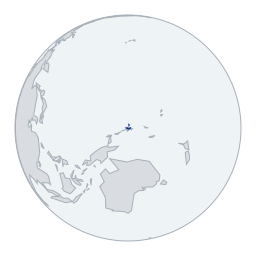 Malaita highlighted on a globe, orthographic projection, rotated 308°
{"feature_id": "SLB-1260", "entity_name": "Malaita", "entity_type": "Province", "adm_level": 1, "iso_a3": "SLB", "parent_name": "Solomon Islands", "parent_adm1": "", "projection": "orthographic", "projection_center": [161.217, -8.863], "detail": "fine", "context": "on_globe", "style": "filled", "palette": "blue", "viewbox_px": 256, "rotation_deg": 308, "n_neighbors": 0, "source": "natural_earth", "source_scale": "10m", "svg_char_len": 6459}
<svg xmlns="http://www.w3.org/2000/svg" viewBox="0 0 256 256"><g transform="rotate(308 128 128)"><circle cx="128" cy="128" r="113" fill="#eef3f6" stroke="#a8b0b8"/><path d="M162.9,143.0L162.9,143.9L162.8,144.0L162.9,143.0ZM223.8,68.8L223.2,67.8L224.3,69.6L229.2,78.6L227.1,74.5L226.5,73.4L221.4,65.2L218.7,61.9L210.7,52.4L200.2,41.9L202.5,43.7L199.7,41.2L196.7,39.0L195.4,38.2L181.8,29.6L171.0,25.5L170.3,26.4L168.3,24.8L168.8,28.3L164.7,29.1L167.7,27.0L166.7,26.0L163.1,25.7L161.3,24.6L158.6,24.0L156.8,22.9L158.7,22.1L157.5,21.5L155.0,21.4L151.7,20.4L155.5,20.6L150.0,19.1L152.2,18.4L163.9,21.3L163.8,21.2L171.9,24.3L179.8,28.0L187.3,32.2L194.5,37.1L201.3,42.5L207.7,48.4L213.6,54.8L219.0,61.6L223.8,68.8ZM200.8,79.9L200.0,77.5L201.7,79.1L200.8,79.9ZM198.6,76.1L199.1,76.9L198.5,76.2L198.6,76.1ZM197.6,75.6L198.3,76.0L197.6,75.8L197.6,75.6ZM196.4,75.3L197.0,75.4L196.4,75.3ZM194.2,74.1L193.7,73.7L194.2,73.5L194.2,74.1ZM195.1,38.1L196.8,39.1L200.2,41.7L199.0,40.9L195.1,38.1ZM188.5,33.9L188.8,33.9L191.9,36.0L190.7,35.4L188.5,33.9ZM170.2,27.5L171.9,27.7L170.8,27.9L170.2,27.5ZM158.5,24.1L158.6,24.5L157.1,24.0L158.5,24.1ZM153.0,22.0L150.6,21.3L153.4,21.8L153.0,22.0ZM149.5,20.9L143.7,19.6L143.3,20.2L141.0,18.2L146.7,19.7L150.1,20.2L148.7,20.3L149.5,20.9ZM140.7,17.5L139.5,17.2L141.1,17.4L140.7,17.5ZM107.8,17.2L103.9,18.0L110.1,17.2L109.5,18.0L111.0,17.5L115.0,17.3L115.2,17.0L116.2,16.9L126.6,17.2L127.8,17.7L134.0,18.1L134.7,18.0L134.2,17.5L141.0,18.2L143.3,20.2L141.5,20.3L144.2,21.8L139.5,22.0L137.0,23.1L130.3,23.0L128.8,24.2L130.1,24.7L129.0,27.0L122.5,30.6L122.3,25.4L130.9,21.2L126.9,22.6L126.2,21.7L123.8,22.0L121.1,23.2L121.8,23.6L109.1,24.1L99.4,28.1L104.0,28.3L104.6,30.0L97.6,36.5L80.0,45.7L80.5,49.5L79.0,52.0L75.0,53.4L77.2,49.7L75.3,48.3L77.1,46.3L71.5,47.8L73.8,45.0L68.3,47.8L67.8,50.1L71.9,49.6L66.1,53.7L67.3,58.1L64.8,63.6L54.1,73.7L47.2,77.1L46.2,79.0L44.8,77.1L40.8,81.1L41.8,91.7L41.1,95.0L35.6,101.8L35.9,99.3L32.1,94.0L29.8,102.1L32.7,108.2L33.6,116.0L30.7,113.9L30.0,107.1L28.7,105.1L30.1,98.1L31.1,88.3L28.3,90.7L29.6,86.7L30.5,79.4L27.1,82.8L21.0,94.9L18.5,105.4L17.1,110.7L19.6,97.3L22.2,89.3L25.4,81.6L29.1,74.1L33.4,66.9L38.2,60.0L43.5,53.5L49.2,47.5L55.4,41.9L62.0,36.7L69.0,32.1L76.3,27.9L83.8,24.4L91.7,21.4L99.7,19.0L107.8,17.2ZM53.6,212.0L55.2,213.1L55.3,213.5L53.6,212.0ZM53.3,133.8L56.0,134.3L56.0,134.8L53.3,133.8ZM50.4,132.0L53.4,132.1L50.1,133.2L50.4,132.0ZM54.5,132.2L57.6,131.1L58.9,130.2L58.7,131.3L54.5,132.2ZM48.5,132.2L38.9,132.7L35.4,131.6L36.0,129.6L41.7,129.6L48.5,132.2ZM35.8,129.5L30.7,124.7L25.6,110.3L27.4,110.2L33.1,118.4L32.7,120.1L35.7,124.0L35.8,129.5ZM48.9,118.5L48.5,123.6L43.0,123.4L40.6,122.8L38.9,116.6L39.8,113.3L41.7,113.3L50.2,102.2L52.9,104.7L50.0,109.2L52.3,113.4L48.9,118.5ZM18.4,106.4L17.9,112.3L17.4,113.7L18.4,106.4ZM54.6,94.8L50.5,99.5L54.5,93.4L54.6,94.8ZM57.5,89.2L57.3,91.5L56.3,89.3L57.5,89.2ZM45.2,82.0L43.2,82.7L43.6,81.1L46.4,79.4L45.2,82.0ZM62.9,68.4L61.2,72.6L60.2,74.1L60.1,71.5L62.9,68.4ZM144.1,188.1L146.9,189.5L144.7,192.9L140.8,196.0L135.4,196.4L144.1,188.1ZM106.6,192.5L103.8,188.0L108.9,188.0L109.1,191.9L106.6,192.5ZM147.0,185.7L148.9,182.2L147.0,177.0L149.9,181.9L154.5,182.9L148.4,189.4L147.0,185.7ZM80.1,173.3L64.9,181.6L60.8,180.6L60.1,177.0L53.0,166.5L54.2,166.7L51.3,159.7L59.3,153.0L64.5,141.7L71.0,142.5L74.7,134.6L81.9,135.4L80.8,141.7L89.5,146.4L92.5,132.4L100.7,148.3L109.0,154.6L114.8,165.3L110.6,182.1L105.5,185.1L103.2,183.2L101.4,184.9L96.8,183.8L91.7,177.7L90.0,179.3L90.4,175.1L88.6,178.8L85.0,175.0L80.1,173.3ZM133.2,150.0L135.0,150.7L138.7,154.0L135.8,153.0L133.2,150.0ZM158.4,145.4L159.9,146.9L157.8,146.9L158.4,145.4ZM162.8,144.0L160.2,144.0L162.9,143.0L162.8,144.0ZM139.3,141.9L140.5,143.0L139.8,143.3L139.3,141.9ZM138.5,141.4L139.2,140.0L139.4,141.6L138.5,141.4ZM128.9,131.8L129.7,131.2L130.3,131.9L128.9,131.8ZM60.1,134.3L63.7,130.3L65.9,130.0L60.1,134.3ZM127.3,130.0L124.9,129.5L125.1,128.8L127.3,130.0ZM127.2,128.1L126.8,126.9L128.6,129.8L127.2,128.1ZM122.4,125.0L125.5,127.4L122.1,125.2L122.4,125.0ZM120.8,125.1L118.8,123.9L118.9,123.6L120.8,125.1ZM100.5,124.3L107.8,131.7L102.5,131.0L96.3,126.3L92.6,129.8L83.4,128.5L85.2,126.3L83.7,122.6L74.9,120.7L73.1,118.4L76.0,116.9L70.5,114.9L76.5,114.1L79.1,118.9L82.6,115.4L89.1,116.8L95.8,118.9L101.7,123.0L100.5,124.3ZM77.0,124.5L78.0,124.6L77.2,126.0L77.0,124.5ZM114.9,120.8L117.9,123.5L117.6,124.1L116.2,123.5L114.9,120.8ZM103.0,122.3L109.1,119.0L110.7,119.3L106.7,123.3L103.0,122.3ZM107.4,116.3L110.5,117.2L112.2,119.6L111.6,120.1L107.4,116.3ZM64.8,119.7L64.6,121.1L63.1,120.0L64.8,119.7ZM66.6,119.0L71.2,120.6L66.2,120.1L66.6,119.0ZM54.1,114.4L55.2,117.5L58.8,115.5L56.1,118.4L58.8,123.5L58.1,125.4L55.3,119.9L54.8,125.6L53.2,125.6L52.1,120.7L53.5,114.7L55.1,112.2L61.8,111.2L54.1,114.4ZM66.5,115.2L65.3,111.6L66.2,109.3L67.4,111.2L66.5,115.2ZM62.4,103.2L59.9,99.2L57.2,100.7L63.1,95.3L64.4,99.9L62.4,103.2ZM60.9,94.5L58.4,95.9L61.3,92.8L60.9,94.5ZM58.0,94.6L58.1,91.9L59.9,92.3L58.0,94.6ZM62.2,94.7L63.4,90.1L63.9,92.8L62.2,94.7ZM58.5,86.1L61.6,90.3L56.8,88.5L58.6,80.2L60.8,79.9L58.5,86.1ZM83.2,55.0L83.8,53.0L86.3,52.7L85.2,54.1L83.2,55.0ZM95.0,50.7L87.2,52.0L80.9,53.5L82.0,54.5L79.0,57.8L78.4,54.6L84.1,51.1L88.5,50.6L90.9,48.0L95.1,46.5L96.9,43.3L99.3,42.2L99.1,45.0L95.0,50.7ZM97.4,42.1L102.0,37.1L106.0,38.2L105.8,39.6L102.1,41.3L100.2,40.5L97.4,42.1ZM104.3,36.3L102.5,35.7L105.5,29.0L107.1,28.0L106.9,33.1L105.3,32.9L103.8,34.4L104.3,36.3ZM139.0,17.3L139.5,17.2L139.9,17.5L139.0,17.3ZM116.3,16.7L117.7,16.5L118.2,16.7L116.3,16.7ZM122.0,16.2L120.5,16.1L122.7,16.1L122.0,16.2ZM117.0,16.2L120.2,16.1L116.2,16.3L117.0,16.2Z" fill="#d9dde1" stroke="#a8b0b8" stroke-width="1"/><path d="M128.3,129.5L128.2,129.4L128.1,129.2L127.9,129.0L127.7,128.9L127.5,128.7L127.4,128.6L127.2,128.3L127.1,128.2L127.1,127.9L127.0,127.6L126.9,127.5L127.0,127.4L126.9,127.2L126.8,126.9L126.9,127.0L127.0,127.0L127.0,126.9L127.1,127.0L127.3,127.1L127.3,127.3L127.5,127.4L127.6,127.5L127.5,127.8L127.5,128.0L127.6,127.9L127.6,128.0L127.8,128.1L127.9,128.3L128.0,128.4L128.0,128.5L128.1,128.8L128.2,129.0L128.3,129.2L128.3,129.3L128.3,129.5L128.3,129.5ZM128.3,129.1L128.3,128.9L128.3,129.0L128.5,129.2L128.5,129.3L128.6,129.5L128.7,129.8L128.6,129.7L128.4,129.7L128.3,129.4L128.3,129.2L128.3,129.1ZM129.5,129.9L129.4,129.9L129.4,129.7L129.5,129.6L129.4,129.7L129.5,129.7L129.5,129.9L129.5,129.9ZM131.0,127.1L130.9,127.1L131.0,127.0L131.0,127.1Z" fill="#3b82f6" stroke="#1e3a8a" stroke-width="1.5"/></g></svg>